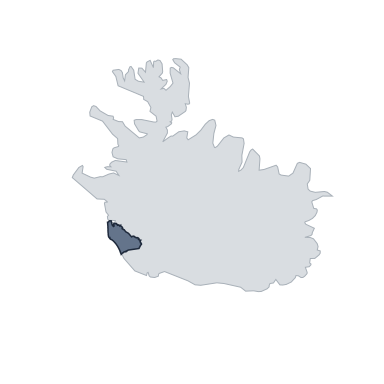 location of Rangárþing eystra, Suðurland, Iceland, rotated 42°
{"feature_id": "244011B21062297179388", "entity_name": "Rangárþing eystra", "entity_type": "district", "adm_level": 2, "iso_a3": "ISL", "parent_name": "Iceland", "parent_adm1": "Suðurland", "projection": "orthographic", "projection_center": [-19.715, 63.654], "detail": "fine", "context": "in_parent", "style": "filled", "palette": "slate", "viewbox_px": 384, "rotation_deg": 42, "n_neighbors": 0, "source": "geoboundaries", "source_scale": "gbopen_adm2", "svg_char_len": 7320}
<svg xmlns="http://www.w3.org/2000/svg" viewBox="0 0 384 384"><g transform="rotate(42 192 192)"><path d="M276.4,112.2L279.3,112.2L283.8,109.8L290.0,103.1L292.7,101.6L299.1,101.1L291.8,107.6L289.4,114.4L287.4,117.7L287.6,119.2L293.4,122.7L295.9,121.2L297.2,121.6L298.4,123.4L299.4,127.1L299.2,131.0L297.9,135.0L296.0,138.4L296.4,139.4L298.2,139.8L307.2,137.1L308.6,141.7L309.6,143.2L309.5,144.8L306.2,150.2L310.3,146.7L313.6,145.5L319.6,146.6L322.2,148.2L323.9,151.3L326.7,150.0L328.2,151.7L328.5,153.7L327.7,159.2L324.4,162.3L326.9,166.0L328.7,165.9L329.1,166.7L329.1,169.1L326.6,172.1L331.4,174.7L332.1,175.7L332.1,179.2L331.6,181.3L330.3,182.6L327.1,183.1L325.2,184.5L326.1,186.6L326.0,192.5L323.9,197.6L321.7,200.4L319.5,202.2L312.8,200.9L313.4,205.1L311.2,207.8L311.9,209.9L312.8,210.9L312.6,213.7L310.0,219.6L308.0,221.6L303.9,224.2L298.2,229.8L291.9,230.2L277.0,238.6L271.2,242.9L260.9,255.5L256.4,258.9L248.5,260.7L224.8,269.5L222.2,274.3L222.1,275.3L223.3,277.1L221.5,280.5L218.0,283.0L216.2,283.0L213.2,281.1L212.8,282.1L214.1,284.5L202.3,288.9L185.9,286.9L171.3,281.1L159.8,279.9L151.8,271.7L151.6,270.4L152.5,268.0L155.4,267.0L154.1,264.5L149.2,268.7L147.6,268.6L145.5,266.8L145.5,265.1L141.5,264.4L134.6,259.1L134.1,257.9L135.8,256.2L135.5,255.9L131.7,256.1L126.1,260.7L93.4,261.4L92.4,258.8L91.5,249.5L92.8,245.6L94.1,246.0L97.7,251.5L106.5,248.9L110.1,247.1L113.5,242.1L115.4,240.5L118.3,234.2L121.0,230.3L126.6,228.6L121.7,227.3L113.4,232.2L110.7,232.1L112.1,229.9L114.9,227.5L113.0,227.3L112.3,226.1L112.3,223.7L113.9,219.9L123.6,213.3L121.4,212.0L114.7,217.0L109.8,218.6L106.0,216.1L104.3,212.8L104.5,211.4L106.9,207.4L106.6,206.6L105.0,206.1L101.0,202.1L94.3,202.2L78.1,199.2L65.4,203.7L62.6,201.1L60.5,195.7L61.1,193.7L63.4,192.7L69.4,193.2L78.4,191.3L82.6,188.5L84.1,189.3L84.8,190.8L90.3,188.8L93.3,186.3L98.2,187.8L116.6,187.1L119.1,183.7L120.2,179.5L119.8,178.7L112.9,182.3L111.4,182.2L103.7,179.8L101.0,177.4L102.0,175.6L106.2,171.8L116.9,165.5L118.4,164.2L118.6,162.7L114.6,159.7L106.8,160.2L104.9,156.7L98.6,154.5L94.2,155.5L92.0,153.4L66.0,162.5L58.1,157.1L52.3,155.8L51.9,154.3L55.6,149.9L58.0,149.2L60.3,149.8L64.6,153.3L67.6,154.5L64.1,149.5L64.2,144.9L63.1,143.7L62.1,140.5L62.7,139.5L67.2,140.5L74.3,146.3L78.0,145.6L82.9,142.4L72.4,139.9L69.5,135.5L71.9,133.5L77.3,134.1L71.7,126.6L71.6,125.3L72.8,122.2L80.1,125.4L76.4,120.9L76.4,120.0L77.6,119.2L78.3,116.7L80.3,115.7L84.0,116.8L89.6,122.1L90.4,123.5L90.4,128.5L92.7,127.9L95.5,128.7L97.9,125.4L99.5,126.3L100.6,129.4L100.1,136.1L101.8,133.8L104.6,133.8L105.3,128.3L105.0,123.8L96.2,118.3L92.9,114.5L93.3,113.2L95.1,112.2L104.5,111.7L100.6,109.4L99.7,107.1L92.6,107.6L89.1,106.5L89.1,105.4L90.6,103.8L95.0,100.6L103.2,100.7L106.4,101.7L112.4,109.5L117.3,112.8L125.4,123.4L130.8,127.5L131.0,128.5L130.1,129.6L127.9,130.9L131.1,132.8L133.0,135.5L133.1,136.7L131.1,144.9L129.0,147.5L123.9,145.8L125.0,148.5L128.6,151.4L129.4,153.0L128.8,154.5L130.6,154.1L131.1,155.0L130.2,159.7L129.2,161.3L132.2,162.4L134.3,164.7L136.7,174.3L138.2,167.0L139.0,164.4L140.3,163.4L141.9,156.0L145.4,151.7L148.6,150.1L151.9,155.3L154.2,155.8L156.8,146.8L157.2,140.1L156.5,132.7L157.0,127.5L158.7,124.3L160.8,123.4L165.3,126.5L169.1,133.9L174.8,141.8L178.8,143.8L179.5,143.6L180.2,141.0L179.5,130.5L181.3,124.9L186.0,123.5L193.0,118.3L194.7,118.1L198.2,121.0L204.6,131.5L209.2,136.3L211.7,144.0L212.8,145.4L213.7,143.0L213.8,139.5L208.0,123.5L207.8,121.3L208.3,119.5L218.0,120.1L220.3,121.9L227.3,130.9L230.5,127.0L236.6,115.8L238.9,116.1L244.7,120.3L246.9,119.8L253.2,115.5L254.4,110.4L251.1,100.2L252.1,98.0L258.0,95.1L264.4,95.3L271.7,104.5L272.3,108.9L276.4,112.2Z" fill="#d9dde1" stroke="#a8b0b8" stroke-width="1"/><path d="M183.4,277.9L190.4,269.5L189.4,265.8L189.5,264.8L189.4,264.7L189.2,264.4L188.6,264.1L188.3,264.0L188.1,264.1L187.8,264.3L187.6,264.2L187.3,263.9L187.2,263.9L187.1,263.7L186.9,263.6L186.5,263.5L186.5,263.4L186.4,263.3L186.2,263.3L186.1,263.2L186.3,263.0L186.3,262.9L186.3,262.7L186.1,262.5L186.1,262.4L186.0,262.5L185.9,262.5L185.6,262.8L185.4,262.7L185.3,262.8L185.2,262.8L185.1,262.7L185.0,262.8L184.8,262.8L184.7,262.8L184.4,263.0L184.0,263.1L183.8,263.0L183.8,262.8L183.9,262.7L183.8,262.4L183.8,262.2L183.7,262.1L183.2,262.2L182.9,262.1L182.7,262.3L182.4,262.4L182.1,262.4L182.0,262.6L181.9,262.8L181.7,262.9L181.6,263.0L181.5,262.9L181.3,263.1L181.2,263.1L181.1,263.3L180.8,263.5L180.7,263.5L180.4,263.6L180.2,263.5L179.9,263.6L179.6,263.6L179.4,263.7L179.3,263.8L179.2,263.9L178.9,263.7L178.5,263.7L178.4,263.7L178.3,263.8L178.1,264.0L177.8,264.2L177.7,264.3L177.1,265.8L172.4,265.2L169.3,265.9L166.9,265.4L166.5,265.6L166.3,265.6L166.2,265.6L166.2,265.8L165.9,265.9L165.6,265.9L165.3,265.9L164.9,265.8L164.7,265.9L164.7,265.7L164.6,265.4L164.5,265.2L164.4,265.1L164.2,265.0L164.0,264.9L163.9,264.9L163.7,264.8L163.4,264.8L163.2,264.9L162.9,264.8L162.7,264.8L162.4,265.0L162.2,264.9L161.9,265.0L161.7,265.0L161.7,264.9L161.5,264.7L161.5,264.8L161.3,264.9L161.2,264.9L160.9,264.9L160.9,265.0L160.9,265.4L160.9,265.5L160.7,265.4L160.7,265.2L160.4,265.3L160.4,265.5L160.2,265.5L159.9,265.5L159.7,265.7L159.4,265.7L159.4,265.8L159.5,265.8L159.4,266.0L159.2,266.0L159.1,265.9L159.0,266.0L158.9,266.2L158.9,266.3L159.0,266.3L158.9,266.5L158.8,266.4L158.7,266.3L158.7,266.2L158.4,266.1L158.2,266.3L157.9,266.3L157.7,266.2L157.6,266.3L157.3,266.4L157.2,266.2L156.9,266.1L156.8,266.3L156.5,266.5L156.4,266.4L156.2,266.4L156.1,266.5L155.9,266.6L156.0,266.6L156.0,266.9L155.9,267.1L155.5,267.2L155.5,267.3L155.5,267.5L155.4,267.5L155.2,267.4L155.1,267.5L155.1,267.9L155.2,268.0L155.4,268.5L155.5,268.5L156.1,269.1L156.5,269.1L156.7,269.3L156.8,269.4L156.9,269.5L156.7,270.2L154.9,270.0L152.8,268.6L151.7,267.9L151.2,267.5L150.9,267.8L150.5,268.1L150.3,268.3L150.1,268.5L150.0,268.9L149.9,269.2L149.9,269.4L150.0,269.8L150.0,270.0L149.9,270.1L149.8,270.5L149.7,270.7L149.7,270.8L149.5,271.0L150.1,271.6L150.3,271.7L150.6,272.0L151.0,272.4L152.8,274.1L153.1,274.5L153.3,274.7L153.5,274.9L153.8,275.2L154.0,275.4L154.3,275.6L154.5,275.9L154.7,276.1L155.0,276.4L155.1,276.6L155.4,276.9L155.8,277.3L156.0,277.5L156.5,278.0L156.9,278.4L157.1,278.5L157.5,278.9L157.6,279.0L157.9,279.3L158.0,279.4L158.4,279.9L158.6,280.0L158.8,280.1L159.0,280.3L159.3,280.6L159.5,280.6L159.7,280.8L159.8,280.8L160.0,281.1L160.3,281.2L160.7,281.2L160.9,281.3L161.9,281.4L161.9,281.6L162.0,281.7L161.9,281.5L161.9,281.4L162.0,281.5L162.1,281.4L162.2,281.5L162.3,281.5L163.1,281.6L163.4,281.5L163.5,281.5L163.9,281.3L164.6,281.1L164.8,281.1L165.3,281.1L166.3,281.0L167.4,281.1L168.4,281.2L168.9,281.2L169.2,281.3L169.4,281.3L169.5,281.4L169.8,281.4L170.4,281.5L170.6,281.5L171.7,281.8L173.0,282.1L173.4,282.3L173.6,282.3L173.8,282.4L174.2,282.5L175.2,282.9L175.6,283.0L176.2,283.3L176.4,283.4L176.8,283.5L177.5,283.8L178.0,284.1L178.7,284.4L178.7,284.5L178.9,284.6L179.3,284.8L179.8,285.1L180.6,285.4L181.1,285.7L181.1,284.9L181.1,284.6L181.1,284.1L181.2,283.9L181.2,283.7L181.3,283.4L181.5,283.2L181.6,282.9L181.6,282.7L181.5,282.4L181.7,282.2L181.7,281.9L181.7,281.7L182.0,281.2L182.3,281.0L182.6,280.9L182.8,280.8L182.7,280.6L182.8,280.6L182.8,280.4L182.9,280.2L182.9,279.9L183.0,279.7L182.9,279.5L182.9,279.3L183.2,279.2L183.3,279.0L183.3,278.9L183.3,278.7L183.3,278.4L183.4,278.1L183.4,277.9Z" fill="#64748b" stroke="#1e293b" stroke-width="1.5"/></g></svg>